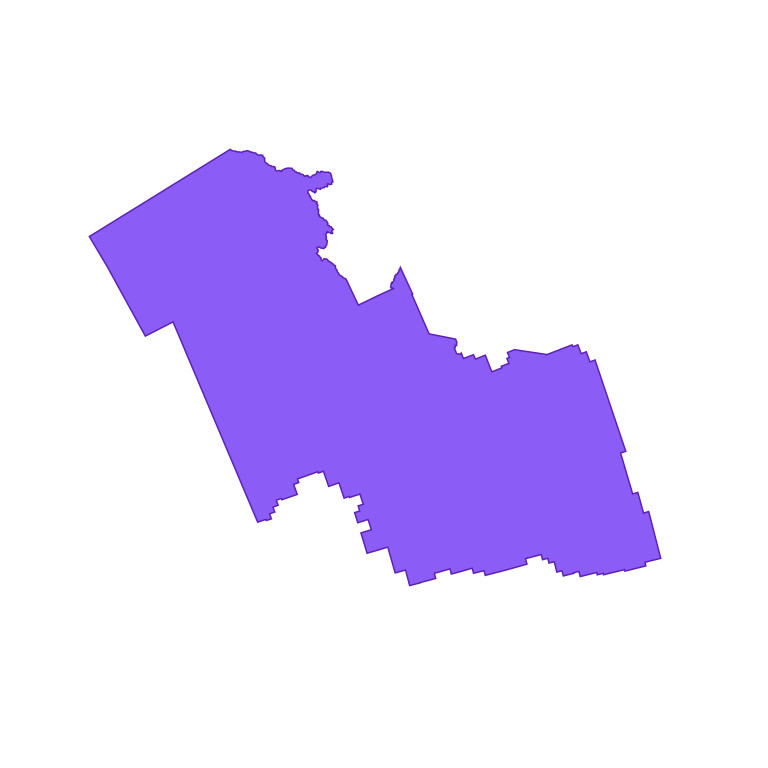 the district of Yukon-Koyukuk, Alaska, United States of America, rotated 244°
{"feature_id": "52423323B20923510604078", "entity_name": "Yukon-Koyukuk", "entity_type": "district", "adm_level": 2, "iso_a3": "USA", "parent_name": "United States of America", "parent_adm1": "Alaska", "projection": "orthographic", "projection_center": [-147.261, 65.223], "detail": "fine", "context": "isolated", "style": "filled", "palette": "violet", "viewbox_px": 768, "rotation_deg": 244, "n_neighbors": 0, "source": "geoboundaries", "source_scale": "gbopen_adm2", "svg_char_len": 6171}
<svg xmlns="http://www.w3.org/2000/svg" viewBox="0 0 768 768"><g transform="rotate(244 384 384)"><path d="M588.0,426.6L589.1,427.0L591.7,427.3L592.8,427.6L593.4,427.7L594.1,428.1L594.7,428.0L596.0,428.3L596.6,428.3L597.9,427.8L598.1,427.4L598.4,427.1L598.7,427.0L599.7,424.8L600.2,423.5L601.3,422.4L602.4,421.5L602.7,420.3L602.1,420.1L602.0,419.6L602.1,419.0L602.6,418.3L603.8,417.8L604.2,417.4L604.1,416.8L603.8,416.4L602.8,415.6L602.4,414.7L602.6,412.6L602.8,411.3L601.8,408.8L601.8,408.3L602.3,408.1L603.2,407.1L603.9,407.2L604.8,406.7L604.5,406.3L604.8,406.0L605.1,406.0L605.4,405.5L605.2,404.9L605.7,404.0L605.4,403.7L606.1,403.3L607.3,403.2L608.5,402.3L609.1,400.9L609.7,400.4L610.2,400.3L610.6,400.7L610.9,400.0L611.7,399.0L612.0,398.4L613.5,397.9L613.8,397.2L614.3,396.9L614.8,397.0L614.7,397.1L615.5,396.7L616.2,396.0L617.5,396.0L618.5,395.6L619.0,394.3L620.1,392.6L620.2,392.0L620.6,391.3L620.4,390.6L620.7,389.9L621.0,389.5L620.8,388.5L620.8,387.5L620.9,387.0L620.7,386.4L620.7,385.8L620.1,385.4L619.8,385.4L619.7,385.0L620.0,384.8L620.8,384.5L621.4,384.0L622.0,383.2L622.1,382.3L622.3,381.3L623.0,380.6L624.2,380.2L625.1,380.7L626.1,381.0L627.1,380.9L627.9,380.1L628.3,379.3L628.5,378.6L629.5,378.3L630.1,377.5L630.9,376.8L632.0,376.1L633.3,375.6L634.3,375.0L634.4,374.8L635.0,374.6L636.1,374.4L637.6,374.8L639.1,375.8L640.3,375.5L641.3,374.8L641.9,374.7L642.6,375.3L643.4,374.2L644.0,373.5L644.2,372.5L644.6,371.3L645.5,371.2L646.7,370.1L647.8,370.0L648.5,368.7L649.1,368.3L649.9,366.9L650.5,366.7L651.0,366.2L651.0,365.6L653.1,364.2L653.9,363.0L653.8,361.7L654.3,360.7L654.7,359.4L654.5,357.9L655.0,357.3L655.7,355.9L656.4,355.1L656.7,354.3L657.4,353.3L658.3,352.9L658.8,351.8L659.2,351.3L659.6,350.5L660.0,349.9L660.5,349.7L661.2,349.2L662.3,348.7L645.7,183.8L610.8,186.7L531.7,190.5L532.3,221.6L315.2,209.9L314.1,218.5L312.9,218.3L312.2,223.7L317.5,224.3L316.8,229.7L322.1,230.3L321.4,235.7L326.8,236.3L326.1,241.7L324.7,241.5L322.8,257.6L333.4,258.8L332.8,264.2L336.6,264.6L334.2,286.1L332.7,285.9L332.1,291.3L316.2,289.4L314.9,300.2L298.9,298.1L298.2,303.5L297.1,303.4L295.6,314.1L285.0,312.6L285.8,307.3L280.5,306.5L281.3,301.2L270.8,299.6L269.2,310.3L258.6,308.7L260.3,298.0L239.3,294.6L235.7,315.9L209.3,311.2L207.3,321.8L191.6,318.7L189.4,329.3L189.7,329.4L186.6,345.3L191.8,346.3L190.8,351.6L188.9,362.3L183.7,361.2L181.6,371.8L179.8,382.5L174.6,381.5L172.4,392.0L167.6,391.1L163.3,412.2L159.4,433.5L165.0,434.6L161.8,450.5L156.6,449.5L155.5,454.8L150.7,453.8L149.6,459.1L139.2,456.9L138.1,462.1L132.9,461.0L130.6,471.6L131.3,471.7L130.1,477.0L124.9,475.9L121.4,492.5L119.0,492.0L117.7,498.1L116.3,497.7L111.7,518.8L110.2,518.5L105.7,539.6L109.4,540.4L106.0,556.3L153.3,566.0L154.2,560.7L175.3,564.6L176.2,559.3L218.3,566.4L217.5,571.8L313.1,584.2L313.6,578.8L324.3,579.9L324.8,574.5L334.2,575.4L334.7,570.1L336.7,570.2L339.0,543.2L339.1,543.3L357.6,516.4L358.2,508.8L352.9,508.4L353.1,505.7L347.8,505.2L348.5,497.2L346.8,497.0L347.7,486.2L365.5,487.7L366.3,477.0L371.1,477.3L372.1,466.6L378.0,467.0L377.3,465.6L378.3,464.3L379.3,462.6L379.8,462.4L381.1,462.7L385.6,463.0L385.5,463.9L386.1,464.3L387.5,464.7L386.7,466.2L388.9,467.1L389.5,467.8L393.0,468.0L409.3,446.5L452.3,448.3L452.3,449.2L481.6,449.8L481.0,449.1L480.0,448.6L480.1,447.7L478.2,446.2L478.2,445.6L476.9,444.0L477.3,443.2L476.8,441.9L475.7,440.5L475.0,440.7L474.2,439.2L473.6,438.6L472.2,438.0L471.8,436.1L471.1,435.8L471.7,435.2L470.8,434.3L468.9,433.1L468.4,432.5L467.6,432.9L467.2,432.6L465.7,434.5L465.3,434.1L465.7,433.7L466.1,417.1L466.2,395.5L495.0,395.9L495.4,395.7L496.2,395.0L496.5,394.5L497.4,394.0L497.9,393.9L498.5,393.6L499.2,393.4L500.0,392.7L500.5,392.6L500.8,392.1L501.4,391.8L503.9,391.7L504.8,391.4L505.3,391.2L507.0,391.7L507.4,391.4L508.2,391.4L508.6,391.2L510.2,391.4L511.1,392.1L511.7,392.1L512.2,391.5L512.7,391.2L513.6,391.0L514.1,390.8L515.1,390.4L515.7,389.9L516.9,389.5L517.9,388.7L519.2,388.1L519.5,387.7L520.9,387.6L521.6,387.1L521.9,386.5L522.0,385.9L522.4,385.6L522.9,385.0L522.4,383.9L522.0,383.1L521.9,382.5L522.7,382.0L523.5,381.8L524.4,382.2L524.7,382.7L525.6,382.5L526.1,382.1L526.7,381.9L527.3,382.1L528.4,381.3L529.2,381.3L529.9,380.9L530.4,380.5L531.1,380.7L531.4,382.3L532.2,382.6L532.6,383.2L533.1,383.6L533.6,383.5L534.4,383.5L535.8,383.2L536.0,383.6L536.2,384.4L535.8,385.0L535.3,386.3L534.8,386.2L534.3,386.4L532.8,388.4L532.2,389.0L532.2,389.6L532.7,389.8L532.8,390.1L532.9,391.0L532.5,391.4L533.8,392.4L533.7,392.9L534.2,393.6L534.7,393.8L535.1,394.2L536.1,394.5L536.4,395.1L536.9,395.5L537.6,395.8L538.4,395.7L539.2,395.2L539.7,395.5L540.3,396.2L541.2,396.5L541.8,396.6L542.5,397.0L543.3,397.0L543.7,396.9L544.1,397.0L544.6,398.1L544.5,398.6L545.5,399.1L545.7,399.7L545.2,400.0L544.6,400.4L544.5,400.9L544.1,401.5L543.5,401.9L542.8,402.1L542.3,402.6L542.0,403.2L541.9,403.9L542.3,404.1L543.6,403.7L544.2,403.9L544.5,404.4L544.4,404.8L544.8,405.0L545.1,406.2L547.2,405.5L548.4,405.4L549.0,404.1L549.7,404.3L550.3,404.3L550.8,403.9L551.0,403.2L551.6,403.1L552.3,403.3L552.9,404.0L553.3,404.0L554.3,403.7L555.1,404.0L556.8,403.4L557.2,402.9L558.0,402.0L559.6,402.0L560.7,400.9L561.9,400.2L562.2,399.7L562.9,399.4L563.7,400.0L564.4,400.0L564.6,399.5L565.3,399.3L566.5,400.3L567.0,400.3L568.5,401.2L569.6,401.7L569.9,401.1L570.6,401.1L571.0,401.5L571.9,401.7L574.2,403.1L574.5,403.0L574.8,402.7L575.3,402.3L575.9,402.5L576.5,403.5L577.0,403.5L577.5,402.8L579.7,401.6L579.8,401.0L579.7,400.5L579.9,400.2L581.2,400.1L581.9,399.8L582.3,400.0L583.6,399.7L584.5,400.1L584.8,400.1L585.0,399.6L586.2,399.8L587.1,399.6L587.8,399.9L588.3,399.8L588.5,399.4L589.1,399.3L589.3,399.6L590.8,400.3L591.1,400.8L591.2,401.5L590.9,402.3L590.6,402.7L589.7,403.7L589.1,403.7L587.6,404.6L587.3,405.7L586.6,405.6L586.1,405.6L586.3,406.5L586.6,407.1L587.1,407.3L587.5,407.8L588.7,408.2L589.2,409.0L588.9,410.1L588.4,410.8L587.8,411.1L587.6,411.5L586.9,412.0L586.9,412.4L587.4,412.7L587.7,413.1L587.3,414.2L587.2,415.6L586.7,416.1L586.8,416.6L587.2,417.3L587.0,418.3L586.7,418.7L586.2,419.3L586.3,420.0L588.6,420.8L588.7,421.3L586.9,422.8L586.6,424.6L587.9,425.1L588.2,425.5L587.9,426.0L588.0,426.6Z" fill="#8b5cf6" stroke="#5b21b6" stroke-width="1.5"/></g></svg>